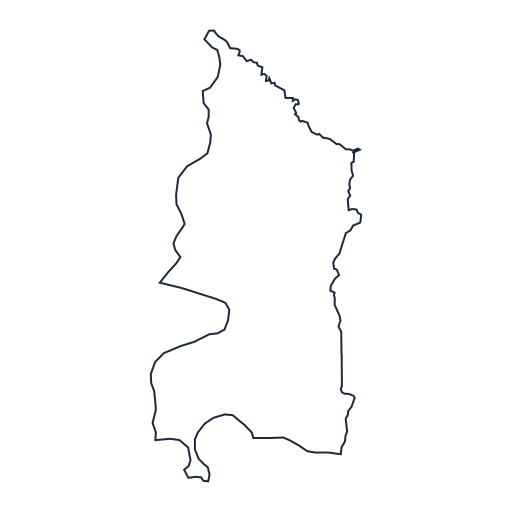 Cabo Rojo, Puerto Rico
{"feature_id": "32010507B73379646065034", "entity_name": "Cabo Rojo", "entity_type": "district", "adm_level": 2, "iso_a3": "PRI", "parent_name": "Puerto Rico", "parent_adm1": "", "projection": "albers", "projection_center": [-67.16, 18.05], "detail": "fine", "context": "isolated", "style": "outline", "palette": "slate", "viewbox_px": 512, "rotation_deg": 0, "n_neighbors": 0, "source": "geoboundaries", "source_scale": "gbopen_adm2", "svg_char_len": 3298}
<svg xmlns="http://www.w3.org/2000/svg" viewBox="0 0 512 512"><path d="M214.3,30.7L213.4,30.7L209.1,30.7L204.4,39.3L210.9,46.1L212.1,47.4L217.3,50.0L218.4,53.9L219.4,57.7L220.3,65.0L217.7,77.0L216.3,79.0L210.0,87.7L204.2,90.4L202.7,91.1L203.5,101.8L203.6,103.1L208.1,108.8L208.7,109.6L208.7,114.3L208.7,116.8L207.0,123.3L207.3,124.1L210.8,134.4L210.8,134.8L210.4,141.7L209.5,145.3L207.7,152.2L207.4,153.3L200.1,158.8L195.6,161.4L188.5,165.5L187.4,166.0L178.3,177.7L176.2,193.9L176.1,194.8L176.5,204.3L180.6,212.4L181.3,213.7L184.7,224.0L184.2,224.7L181.7,228.7L176.5,236.0L173.5,243.3L174.7,248.1L175.3,250.1L177.3,252.8L180.4,257.0L176.5,263.0L168.0,272.4L159.8,282.7L160.4,282.9L163.2,283.5L172.5,285.8L175.4,286.5L181.2,287.9L186.5,289.5L195.0,292.2L200.1,293.9L202.7,294.7L211.0,297.3L214.3,298.4L216.4,299.0L218.7,300.0L223.0,301.8L225.4,302.9L226.2,304.3L229.3,309.7L228.0,320.4L224.5,329.5L223.6,330.0L218.6,332.8L217.7,333.3L216.0,333.5L209.5,334.2L197.2,340.3L194.1,341.9L192.9,342.3L182.4,345.5L180.4,346.2L164.1,353.0L160.7,356.4L155.1,362.0L150.8,374.0L151.1,381.6L151.2,383.0L151.3,383.4L154.2,391.2L154.5,394.3L155.2,400.9L155.5,403.6L155.8,409.9L155.8,410.2L152.7,422.5L152.6,423.0L155.9,432.4L155.4,439.1L155.4,440.2L156.8,440.0L170.1,438.8L177.4,439.8L179.5,440.1L188.1,447.4L189.6,455.4L190.5,460.3L188.6,466.1L185.9,468.3L184.1,469.8L188.4,477.8L192.0,477.3L195.8,476.8L196.0,476.9L201.0,477.3L203.5,480.9L208.2,481.3L209.5,474.9L209.5,474.6L207.8,467.3L207.7,467.2L204.5,464.6L203.8,464.1L198.7,458.9L196.0,452.2L194.9,449.5L194.9,449.4L194.9,439.2L195.2,438.7L197.9,432.3L198.7,431.4L204.9,423.5L213.4,417.8L225.0,414.4L232.7,415.2L238.3,419.9L240.6,421.8L244.7,425.1L252.0,432.8L253.0,436.7L253.2,437.8L253.3,438.0L263.1,438.0L267.1,438.0L272.6,438.0L272.8,437.9L283.3,437.5L289.0,440.0L291.0,441.0L299.2,445.7L307.3,451.2L315.0,452.5L328.3,452.5L340.4,454.2L340.8,454.2L340.9,453.0L341.6,447.2L345.0,441.4L345.4,436.4L347.1,431.4L345.7,418.9L347.9,414.6L348.1,411.3L351.6,406.6L354.7,397.8L353.3,395.7L349.0,394.0L344.7,393.7L342.1,392.4L340.8,389.4L341.9,385.7L341.7,356.1L341.5,352.7L341.2,331.6L338.5,326.5L340.5,320.6L339.5,315.6L334.6,304.7L334.8,298.4L333.9,295.1L334.6,292.7L330.3,290.6L330.8,285.9L335.0,278.6L339.1,275.2L336.7,269.5L334.1,268.7L333.2,262.6L335.2,258.5L339.5,253.4L342.4,243.9L345.9,233.1L350.5,230.3L353.0,225.6L360.3,222.5L361.2,214.9L361.1,214.6L358.0,213.0L356.5,209.5L352.0,209.0L348.7,210.2L347.7,199.1L350.2,195.7L348.2,190.9L350.1,188.3L349.3,183.9L350.2,179.4L353.1,175.7L351.6,170.6L351.4,162.9L353.7,161.7L354.1,153.8L353.3,152.6L359.8,149.7L357.8,148.5L353.0,150.7L349.7,149.3L345.9,149.3L339.4,144.1L336.4,144.0L329.8,139.0L324.7,137.8L323.5,138.1L319.1,133.9L317.2,134.7L311.6,131.9L308.6,126.0L307.6,122.7L302.3,120.9L300.7,121.7L298.9,120.0L298.4,117.0L295.0,114.2L296.2,113.0L293.7,107.8L295.7,104.2L298.1,104.4L298.9,103.8L297.9,100.2L295.5,99.2L292.8,100.9L292.9,98.0L285.5,97.9L284.4,90.3L275.2,85.5L274.6,82.9L271.4,83.4L269.3,78.2L268.6,80.5L265.9,81.0L266.7,75.9L264.2,73.9L261.4,74.7L262.3,67.3L257.7,65.5L257.0,62.8L253.5,62.2L251.0,59.7L246.8,61.2L242.9,56.2L238.4,55.3L239.7,51.8L239.4,49.9L237.4,48.9L230.1,48.1L227.1,42.1L224.8,40.0L218.3,36.2L214.3,31.4L214.3,30.7Z" fill="none" stroke="#1e293b" stroke-width="2"/></svg>